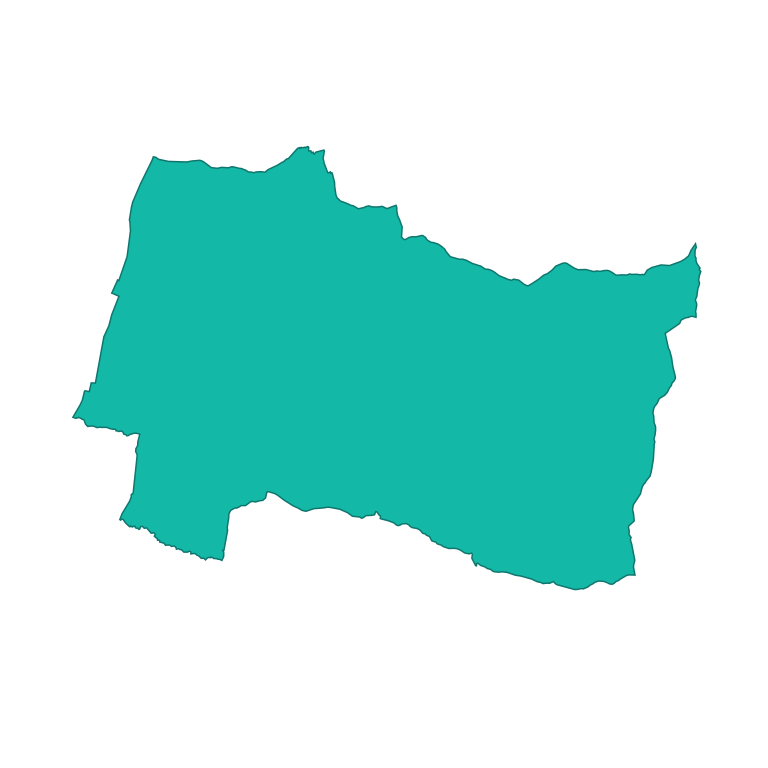 Rosiile, Vâlcea, Romania, rotated 105°
{"feature_id": "2599482B62585031131856", "entity_name": "Rosiile", "entity_type": "district", "adm_level": 2, "iso_a3": "ROU", "parent_name": "Romania", "parent_adm1": "Vâlcea", "projection": "natural_earth1", "projection_center": [23.93, 44.897], "detail": "fine", "context": "isolated", "style": "filled", "palette": "teal", "viewbox_px": 768, "rotation_deg": 105, "n_neighbors": 0, "source": "geoboundaries", "source_scale": "gbopen_adm2", "svg_char_len": 6165}
<svg xmlns="http://www.w3.org/2000/svg" viewBox="0 0 768 768"><g transform="rotate(105 384 384)"><path d="M496.7,675.9L496.9,672.7L495.3,670.2L495.6,668.2L496.2,666.5L496.2,665.0L496.6,664.3L500.1,661.8L501.7,659.2L500.3,655.8L499.9,653.6L500.4,649.7L499.4,648.0L498.9,645.0L497.6,640.5L498.0,637.7L497.9,634.0L497.3,632.3L497.3,631.5L498.6,630.7L498.2,629.3L498.6,628.2L497.4,625.5L498.2,623.3L499.7,622.6L499.8,620.1L500.6,619.1L500.1,617.8L498.5,616.3L496.1,612.4L495.6,609.8L495.7,606.9L503.7,606.8L507.0,606.0L510.8,606.9L513.7,606.3L515.5,604.6L517.1,603.9L553.4,598.2L555.0,598.2L555.5,599.1L556.6,599.5L558.6,598.9L563.1,599.4L576.9,603.4L583.3,604.1L583.7,603.3L582.4,602.2L582.3,601.1L585.1,597.6L587.7,592.8L587.6,592.3L586.6,591.9L587.3,590.1L586.1,588.8L585.9,587.7L587.1,587.0L587.4,586.0L587.0,584.5L587.9,583.1L587.3,582.4L585.1,582.3L584.6,581.9L584.1,580.4L585.4,578.2L584.4,576.0L588.3,570.4L588.2,569.5L587.3,568.2L587.5,567.2L588.7,565.8L590.4,566.5L591.6,564.3L591.7,563.1L593.5,562.3L592.9,561.1L593.5,560.1L594.7,559.7L594.7,555.3L596.3,553.4L595.0,549.4L595.9,547.2L594.7,544.8L595.8,542.5L597.3,541.8L596.3,539.9L596.7,538.1L596.5,536.7L598.2,533.8L597.2,530.2L595.8,528.6L596.3,527.0L598.1,526.6L597.1,524.2L596.7,522.3L597.8,520.3L597.9,518.7L599.7,515.3L598.9,513.0L600.1,510.9L597.3,509.3L596.7,507.6L596.8,506.9L595.8,506.2L596.6,503.2L596.1,500.8L596.2,498.8L595.9,497.4L596.4,494.9L592.0,494.2L587.8,495.3L586.6,496.8L586.1,496.4L586.0,495.6L585.6,495.6L565.9,497.2L563.1,498.3L553.1,499.4L549.8,500.2L545.9,499.5L542.3,495.9L542.0,494.2L539.8,491.6L538.6,490.9L537.2,486.2L532.1,482.2L531.4,480.3L531.2,477.5L529.1,474.2L527.8,471.0L524.7,468.9L519.1,469.2L517.9,468.1L518.1,461.3L518.8,458.4L522.1,450.2L525.1,440.6L526.2,434.3L527.3,430.5L527.2,427.1L527.0,426.2L522.6,419.5L519.1,409.8L517.8,407.1L517.2,404.7L516.4,394.4L517.7,386.0L519.9,380.3L518.8,373.2L519.4,370.8L518.5,369.4L515.8,367.3L514.1,362.0L512.8,359.3L509.8,359.0L509.3,358.8L509.3,357.9L511.7,355.0L512.6,353.1L515.0,352.8L515.0,344.0L515.6,338.3L516.6,336.5L517.2,334.3L516.6,332.5L514.4,330.2L513.1,326.3L513.6,323.5L514.7,322.1L515.4,319.6L515.0,314.5L515.6,312.2L516.1,310.9L518.2,307.9L518.1,305.3L519.1,303.8L519.5,300.6L523.1,297.3L523.4,292.8L524.6,291.2L524.8,287.0L525.7,284.8L526.1,278.8L524.6,273.8L524.2,270.7L524.7,267.1L526.3,262.4L526.1,258.0L524.8,255.7L525.0,255.0L525.9,254.5L529.5,254.1L535.6,248.6L535.9,247.9L535.6,247.6L533.4,248.1L532.9,247.4L533.3,245.5L534.2,244.0L534.6,239.0L535.5,236.5L535.5,233.0L536.6,230.5L536.8,229.1L536.1,224.6L534.8,221.1L534.1,216.2L534.7,207.8L534.1,202.3L534.2,190.9L535.3,185.0L535.1,181.6L535.6,178.6L534.3,175.5L533.6,172.4L531.0,169.3L532.7,166.4L533.1,165.0L533.2,146.6L532.4,144.1L530.6,140.6L530.3,138.4L527.2,134.5L524.8,132.7L523.1,130.7L521.0,129.0L518.8,125.8L517.8,120.9L518.1,117.1L518.7,114.6L518.5,112.0L517.1,110.2L515.0,109.0L513.1,106.6L511.0,105.0L506.0,100.0L504.9,97.7L503.6,92.1L496.6,95.5L494.3,96.0L489.4,96.1L474.6,103.3L471.5,105.3L469.8,105.8L468.3,105.6L465.9,108.4L462.5,109.1L458.9,110.9L457.7,110.9L452.0,107.1L451.1,107.0L444.5,109.5L441.3,111.3L438.0,111.8L435.5,111.7L424.0,107.9L416.6,107.9L413.8,107.3L412.0,106.2L410.0,105.8L404.2,103.2L400.0,103.1L387.2,104.3L372.5,107.3L369.5,107.5L367.7,108.9L362.2,109.1L358.2,109.7L354.8,110.7L351.3,113.2L345.1,115.2L342.6,116.7L338.0,117.1L335.6,116.8L332.4,115.3L326.8,114.3L322.2,109.9L318.7,108.2L313.8,107.2L311.2,106.1L308.5,106.0L305.9,104.6L303.3,104.0L301.7,104.4L292.4,109.5L284.0,113.1L277.5,116.9L276.1,118.4L262.3,125.5L249.6,114.6L248.6,114.0L245.7,113.7L244.2,112.4L242.0,109.8L240.9,107.3L239.2,105.0L238.8,103.3L238.8,99.9L235.3,100.8L233.5,101.8L227.1,102.3L225.0,103.1L223.0,104.6L221.6,105.0L218.6,104.5L210.7,105.5L205.9,105.2L204.8,105.4L202.2,107.0L197.6,107.4L193.3,107.1L191.7,109.3L190.3,108.7L186.7,112.9L184.0,114.6L181.7,115.2L179.8,116.8L173.9,118.2L171.3,117.7L167.9,119.4L175.4,122.0L181.4,122.9L185.5,125.8L189.0,129.3L195.7,138.9L197.3,147.2L202.1,155.4L205.9,159.2L211.0,160.8L211.3,162.8L212.2,164.7L212.6,168.3L214.0,173.0L214.1,175.1L215.9,177.7L217.2,183.1L218.7,187.4L218.5,189.2L217.4,191.9L216.5,195.3L216.4,197.3L217.3,200.4L219.3,204.5L219.7,207.6L221.1,210.5L221.2,218.7L223.4,226.2L222.8,230.4L220.1,238.9L220.4,241.2L221.2,242.8L225.6,248.5L230.6,251.2L235.1,254.7L237.4,257.8L242.7,261.7L248.7,267.0L251.6,269.9L252.1,271.1L251.4,274.7L248.8,280.6L249.2,285.9L250.8,287.6L250.9,290.9L249.5,301.2L247.5,305.8L246.5,309.3L246.2,312.7L246.8,316.1L245.1,320.9L244.7,329.9L243.2,336.4L243.1,340.5L244.0,343.4L243.9,352.9L239.8,358.6L238.1,360.1L236.0,364.5L234.8,368.3L234.6,373.2L235.0,374.9L234.1,378.5L233.3,380.2L231.7,381.8L230.6,384.9L230.6,385.6L233.7,391.5L234.4,394.8L235.9,397.7L238.9,400.7L239.2,402.2L237.6,405.1L227.6,407.1L221.3,411.5L218.2,414.2L214.1,416.2L210.1,417.4L208.3,418.7L213.8,426.5L212.9,431.9L214.3,434.9L215.6,439.6L216.0,441.6L215.9,444.9L217.5,447.7L218.7,448.9L221.4,454.2L219.8,459.9L220.0,461.7L219.1,467.1L218.5,473.7L217.1,475.7L216.7,477.1L214.1,479.2L206.1,482.7L201.9,484.0L193.6,488.7L193.4,489.0L194.2,489.8L193.0,490.8L194.3,492.0L194.4,493.1L186.4,498.8L181.8,501.2L174.5,501.9L173.6,502.6L177.6,509.7L179.9,510.8L180.0,511.3L178.4,512.5L179.4,513.7L177.7,515.1L178.4,516.8L177.3,517.5L175.1,517.9L174.4,518.7L174.4,519.1L175.1,519.3L175.2,520.4L176.1,521.1L175.8,521.7L177.2,524.5L176.9,524.9L178.1,526.0L177.4,526.4L178.6,528.4L191.2,534.8L191.8,536.2L195.6,538.8L196.1,539.7L200.0,543.3L206.9,551.4L210.3,553.8L210.7,557.5L212.2,562.2L213.6,564.5L213.7,567.6L214.3,569.6L213.1,573.6L213.1,575.5L212.7,577.2L213.1,579.1L213.3,586.4L213.7,587.6L215.4,590.1L216.8,597.0L218.7,600.6L219.7,606.7L216.4,614.9L215.7,617.4L215.6,619.8L218.4,627.5L220.6,632.0L224.8,649.9L225.3,659.8L224.1,663.1L224.2,665.6L227.8,665.9L253.6,671.0L273.3,673.8L278.5,673.7L291.4,672.4L293.4,671.3L301.8,668.5L327.5,665.1L352.8,666.9L352.4,668.2L366.7,670.5L367.8,662.7L387.6,664.9L399.0,664.8L410.9,666.8L457.8,663.0L458.7,667.1L467.6,666.7L467.9,670.8L468.3,671.4L477.8,671.2L483.2,672.2L496.7,675.9Z" fill="#14b8a6" stroke="#0f766e" stroke-width="1.5"/></g></svg>